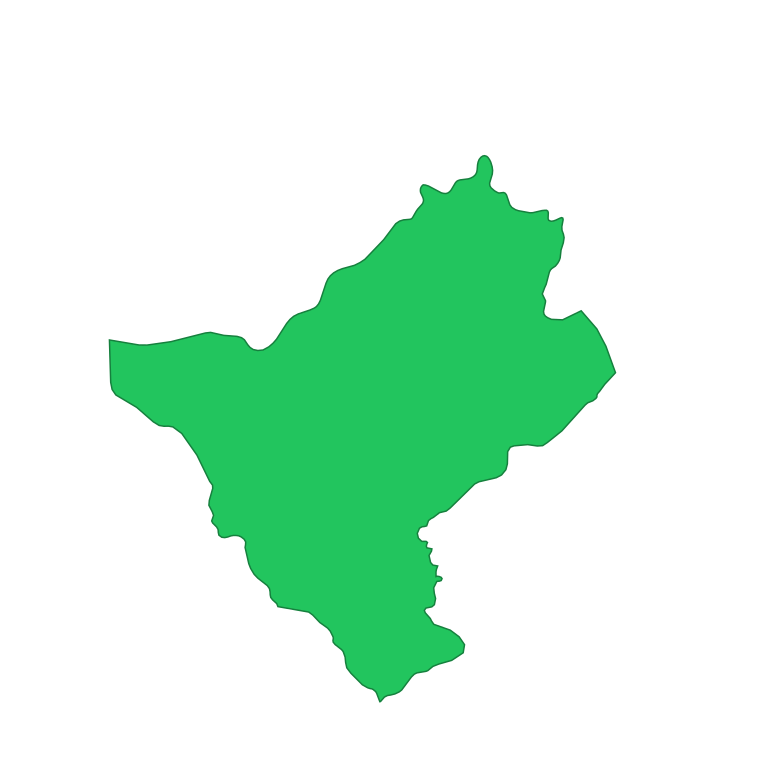 map outline of Basse-Kotto (Natural Earth projection), rotated 41°
{"feature_id": "CAF-794", "entity_name": "Basse-Kotto", "entity_type": "Prefecture", "adm_level": 1, "iso_a3": "CAF", "parent_name": "Central African Republic", "parent_adm1": "", "projection": "natural_earth1", "projection_center": [21.411, 4.979], "detail": "fine", "context": "isolated", "style": "filled", "palette": "green", "viewbox_px": 768, "rotation_deg": 41, "n_neighbors": 0, "source": "natural_earth", "source_scale": "10m", "svg_char_len": 3902}
<svg xmlns="http://www.w3.org/2000/svg" viewBox="0 0 768 768"><g transform="rotate(41 384 384)"><path d="M188.8,568.2L182.4,566.5L176.7,562.1L147.9,530.9L173.5,515.3L179.7,510.0L195.4,491.9L215.7,462.7L219.3,458.8L231.2,452.4L241.8,444.5L246.1,442.5L249.6,442.2L255.5,443.8L258.9,444.3L262.7,443.8L266.8,441.5L270.4,437.7L272.7,431.5L273.5,425.9L273.5,420.6L270.8,402.1L270.7,396.9L271.4,392.2L273.3,387.4L279.6,376.7L281.6,372.4L282.2,369.9L282.1,366.5L281.1,362.6L274.1,345.9L272.8,341.5L272.5,337.4L273.1,333.1L274.6,328.7L276.9,324.3L283.8,313.9L286.2,308.2L287.8,302.4L289.1,275.4L287.7,255.3L288.9,250.8L291.0,247.4L295.6,242.6L296.4,241.2L296.4,239.6L295.0,232.6L294.7,229.9L294.8,223.3L294.5,221.6L293.6,219.8L292.3,218.5L290.6,217.5L286.1,215.5L285.4,215.0L284.5,214.1L283.5,212.8L282.9,211.2L282.7,209.6L282.9,208.0L284.7,206.7L287.7,205.4L301.9,202.1L304.0,201.0L305.7,199.7L306.8,198.1L307.4,195.9L307.4,193.5L305.9,185.3L305.9,183.4L306.4,181.9L307.4,180.2L313.1,173.8L314.3,171.8L315.3,169.3L315.7,166.9L315.5,164.8L314.9,163.1L313.7,161.1L310.8,157.2L309.4,154.7L308.5,152.1L308.4,149.2L309.0,147.1L310.1,145.7L312.1,144.8L313.8,144.8L316.3,145.4L319.0,146.5L323.1,149.1L325.8,151.5L328.0,154.5L331.9,163.1L333.8,164.9L336.1,165.7L340.6,165.7L343.3,165.2L345.3,164.6L346.3,163.6L347.9,161.8L348.7,161.0L350.4,160.5L352.5,161.0L361.4,166.2L364.6,166.9L368.9,166.2L371.8,165.0L381.9,159.0L383.9,157.1L389.5,149.4L391.3,147.5L392.8,146.2L394.3,146.1L395.7,147.0L399.3,151.5L400.9,152.4L403.3,151.6L404.9,149.8L406.2,147.5L408.1,143.2L408.9,141.9L410.1,141.5L411.4,142.5L415.0,148.6L417.5,151.2L421.2,153.3L423.9,155.4L426.7,159.8L429.7,166.7L434.2,173.2L435.3,175.9L435.9,179.0L436.0,182.5L435.4,184.8L434.9,186.7L434.8,188.8L435.4,191.1L441.0,202.4L442.0,205.8L444.4,212.2L451.3,215.2L452.1,216.2L456.8,224.6L458.9,226.3L461.2,226.9L464.0,226.6L467.9,225.4L476.7,218.4L484.8,199.4L508.5,202.8L526.7,209.9L551.3,223.6L550.8,239.6L551.5,247.9L551.5,251.2L552.0,252.7L552.7,253.5L553.2,254.2L553.4,255.8L552.6,259.7L550.1,264.5L549.6,267.9L549.0,302.7L545.7,320.9L544.2,326.4L540.4,330.2L532.2,335.5L522.7,345.4L520.8,348.8L521.7,353.9L529.5,363.3L532.2,368.7L532.4,375.5L530.2,381.1L519.8,395.5L518.0,400.0L515.3,434.1L514.3,439.1L510.3,444.7L508.8,452.2L507.7,455.0L507.2,457.9L509.3,463.1L508.1,464.9L506.3,466.9L505.4,469.6L507.1,474.9L511.1,477.8L515.7,478.0L519.1,475.1L520.8,475.1L521.4,476.9L522.4,478.7L523.9,479.5L528.3,477.0L529.5,479.0L530.5,483.9L536.2,488.1L539.7,488.6L543.9,486.1L545.2,489.5L546.5,491.7L549.6,495.2L550.1,494.3L551.9,493.1L554.0,492.4L555.5,492.8L556.1,494.8L555.2,496.4L554.0,497.6L553.4,498.4L555.2,505.2L559.2,508.9L563.7,512.1L566.8,517.5L566.3,520.8L562.7,525.5L562.9,528.3L565.2,529.6L572.8,530.6L575.4,531.7L579.3,532.7L595.5,526.3L606.6,525.5L615.8,527.9L620.1,534.9L616.4,548.2L609.1,559.4L606.2,565.0L605.1,571.6L604.2,573.3L598.3,580.5L597.2,583.2L596.9,587.2L598.1,603.3L597.5,606.4L595.6,610.7L593.1,614.3L591.0,616.8L589.7,620.0L589.7,625.9L589.3,626.5L581.5,622.3L579.5,621.6L576.1,621.7L574.7,622.1L573.5,622.9L570.9,624.0L565.0,625.2L548.8,624.0L542.1,622.6L537.7,619.3L533.8,615.6L528.7,612.7L526.2,612.3L518.1,612.7L515.1,612.2L513.7,611.0L512.9,609.6L511.6,608.3L505.6,605.8L501.6,605.2L492.1,606.1L481.6,605.1L476.8,605.5L450.0,621.6L447.1,620.1L441.6,620.0L438.6,619.4L436.5,617.8L434.4,615.6L431.8,613.6L428.2,612.7L416.1,613.3L410.8,612.8L404.4,610.7L399.8,608.3L386.4,598.5L385.0,596.2L383.2,593.9L380.2,592.9L376.6,593.1L373.9,593.9L371.8,595.3L369.7,597.1L368.0,599.2L366.5,601.9L364.6,604.4L362.1,606.1L358.6,606.4L356.4,604.8L354.3,602.7L351.5,601.7L345.9,601.3L343.8,600.4L341.6,595.0L338.2,593.1L331.4,590.4L328.5,586.4L323.2,575.1L320.9,572.8L316.3,571.8L289.5,560.4L263.8,554.0L252.8,554.9L249.0,557.2L245.7,560.2L241.5,562.8L234.8,563.9L212.6,563.9L188.8,568.2Z" fill="#22c55e" stroke="#15803d" stroke-width="1.5"/></g></svg>